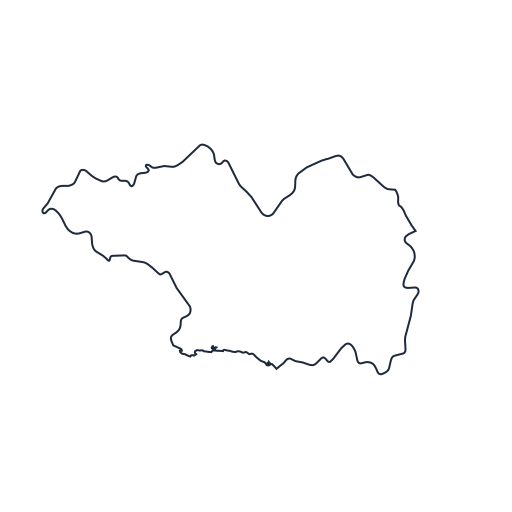 SVG path tracing the border of Al Madinah, rotated 326°
{"feature_id": "SAU-845", "entity_name": "Al Madinah", "entity_type": "Region", "adm_level": 1, "iso_a3": "SAU", "parent_name": "Saudi Arabia", "parent_adm1": "", "projection": "natural_earth1", "projection_center": [39.015, 24.943], "detail": "fine", "context": "isolated", "style": "outline", "palette": "slate", "viewbox_px": 512, "rotation_deg": 326, "n_neighbors": 0, "source": "natural_earth", "source_scale": "10m", "svg_char_len": 5868}
<svg xmlns="http://www.w3.org/2000/svg" viewBox="0 0 512 512"><g transform="rotate(326 256 256)"><path d="M209.9,361.0L209.7,359.6L209.5,357.6L209.1,356.1L209.0,354.9L208.0,353.8L207.6,353.0L207.4,351.9L207.4,350.8L206.1,351.6L205.5,351.2L205.0,351.2L205.1,352.3L205.6,352.9L207.1,353.5L207.1,354.0L205.2,353.8L203.9,352.5L203.8,349.1L201.3,345.5L199.9,340.8L199.5,339.2L199.3,337.5L198.9,335.9L198.0,334.6L197.4,334.3L196.8,334.2L195.8,333.8L195.3,333.1L195.0,332.1L194.5,330.9L193.9,329.9L192.9,329.6L192.0,329.3L191.2,328.8L190.6,328.4L190.1,327.2L189.1,326.0L188.7,325.6L187.7,324.8L186.6,324.4L185.6,324.3L184.2,323.3L183.5,322.7L182.4,321.5L181.3,320.0L180.1,319.0L179.1,318.0L177.4,316.2L176.9,315.9L176.5,315.8L175.9,316.0L175.5,316.4L174.2,315.4L173.3,314.6L170.9,312.9L169.1,311.4L169.5,310.6L170.5,309.8L171.9,309.6L171.3,309.0L170.5,309.3L169.4,309.9L169.0,309.0L169.6,307.8L169.9,306.7L169.3,306.5L168.9,307.0L168.2,307.1L167.8,307.8L168.2,308.2L168.3,308.8L168.4,309.7L168.5,310.3L168.1,310.7L166.9,310.2L165.1,310.7L162.5,308.5L161.7,307.7L159.5,305.8L159.0,304.4L158.2,303.8L157.2,303.3L156.2,302.7L155.4,301.8L154.2,300.9L152.9,301.0L152.2,300.9L151.4,301.6L151.2,302.5L151.5,303.9L149.0,304.0L148.4,303.0L146.7,302.1L145.4,302.6L144.1,301.1L143.3,299.6L142.1,297.6L140.1,295.7L139.4,293.4L140.0,292.0L140.4,292.2L141.5,293.0L142.0,291.9L141.6,290.6L137.4,283.8L137.5,283.4L138.3,279.4L138.7,278.1L139.3,276.8L140.2,275.7L141.4,275.1L142.6,274.8L147.3,274.8L149.5,274.5L150.8,274.1L152.1,273.5L153.5,272.5L154.9,271.0L156.5,268.9L157.7,267.5L159.0,266.6L160.2,266.4L161.5,266.5L164.1,267.0L166.9,267.1L168.3,266.8L169.7,266.1L171.0,264.9L172.2,263.2L172.7,261.9L173.0,260.9L172.3,238.2L174.4,222.5L174.3,221.2L173.8,219.9L173.1,219.1L172.3,218.6L171.1,218.4L167.5,218.2L166.6,217.9L166.2,217.7L165.5,216.2L163.5,207.8L161.8,202.6L160.9,200.6L160.1,199.3L159.0,198.0L151.6,191.2L150.6,189.9L149.9,188.5L149.4,187.0L148.6,183.3L148.4,183.0L148.0,182.6L147.1,181.8L136.9,175.5L135.6,175.2L134.4,175.7L132.4,177.6L131.5,177.8L131.0,177.0L130.7,175.8L130.1,173.0L129.3,170.2L126.0,162.9L125.6,161.5L125.5,160.1L125.6,158.6L125.9,157.2L126.9,154.4L130.4,148.2L130.9,147.1L131.2,145.6L131.1,144.0L130.5,142.3L129.5,141.1L128.3,140.4L121.7,138.3L120.4,137.6L119.1,136.7L117.9,135.5L116.9,134.1L116.2,132.7L115.6,131.2L115.2,129.7L115.0,128.1L114.9,125.2L116.2,115.8L116.3,112.0L116.2,110.2L115.3,106.0L114.8,104.7L114.4,104.0L113.5,103.0L112.5,102.2L111.5,101.8L110.8,101.7L109.7,101.7L106.0,102.5L104.8,102.4L103.8,101.7L103.6,100.6L104.0,99.4L105.0,98.3L106.2,97.7L112.7,95.9L127.4,88.4L128.7,88.0L130.3,88.0L132.0,88.3L134.6,89.5L139.4,92.8L141.1,93.5L143.5,94.0L144.7,94.1L146.1,93.9L147.3,93.4L158.0,87.1L159.0,87.1L160.1,87.4L161.6,88.6L162.4,89.8L162.9,90.9L164.5,97.2L165.6,100.1L166.7,102.4L169.9,107.7L171.2,108.9L172.8,109.8L175.3,110.3L181.1,110.6L182.3,110.8L183.5,111.2L184.5,112.0L185.0,113.0L185.1,113.8L185.1,114.2L185.0,114.5L185.0,115.0L185.1,116.1L185.5,117.3L186.5,118.4L190.0,120.8L190.9,121.9L191.3,123.2L191.4,124.6L191.2,126.1L191.2,127.4L191.7,128.4L192.9,128.8L194.7,128.3L196.1,127.3L201.3,122.9L202.1,122.5L203.3,122.2L204.7,122.3L206.6,122.9L210.8,125.1L212.2,125.6L213.5,125.7L215.0,125.0L215.2,123.9L215.1,122.6L214.8,121.2L214.9,120.0L215.6,119.2L216.7,119.4L218.0,120.6L218.6,122.0L219.6,124.7L220.9,126.0L222.9,127.1L230.1,130.0L237.0,135.7L239.2,136.5L242.1,136.9L247.8,136.9L271.5,132.9L272.8,133.1L274.1,133.9L275.1,134.8L277.1,137.9L278.1,140.9L278.4,142.2L278.5,143.9L278.5,145.5L278.0,148.0L277.7,148.8L275.7,152.9L275.0,155.0L275.0,156.7L275.7,158.1L276.7,159.2L278.0,159.7L279.3,159.9L282.0,159.2L283.4,159.3L284.6,160.4L285.2,161.8L285.3,163.3L282.2,186.4L282.2,188.5L282.4,190.2L284.2,197.8L285.2,204.7L284.8,223.0L285.1,224.9L285.7,226.6L286.5,227.8L287.4,228.9L288.1,229.4L289.1,230.0L290.4,230.4L291.6,230.6L293.0,230.6L294.3,230.3L308.5,224.8L311.4,224.3L318.3,224.5L320.7,224.2L321.9,224.0L323.0,223.6L323.8,223.3L324.9,222.6L326.0,221.7L327.1,220.5L331.3,214.8L332.6,213.6L334.1,212.5L336.1,211.7L337.7,211.3L347.6,210.9L363.7,213.6L368.6,215.1L370.0,215.7L377.6,217.6L380.1,218.6L381.2,219.5L382.1,220.8L382.6,222.5L382.8,224.1L381.8,242.0L382.0,243.5L382.6,245.1L383.7,247.0L384.9,248.1L386.3,248.9L393.7,251.1L394.7,251.6L395.3,252.1L396.4,254.1L397.4,256.8L400.5,269.7L401.6,272.6L402.4,273.8L403.3,274.8L408.4,278.9L408.4,281.3L407.7,284.3L407.0,286.3L406.9,286.6L404.2,290.4L403.3,292.0L403.0,293.1L402.9,294.1L403.1,294.6L403.9,296.9L403.9,298.5L403.8,301.2L402.8,306.4L402.1,318.1L402.3,324.5L394.8,323.3L391.2,323.5L389.9,324.1L388.7,325.1L388.0,326.3L387.7,327.7L387.8,329.2L389.3,333.7L389.6,335.1L389.7,336.6L389.6,339.6L389.2,341.3L388.5,343.1L387.0,345.7L385.6,347.2L384.2,348.4L374.0,353.3L366.5,358.0L364.0,360.1L362.2,362.2L361.6,363.8L362.0,365.3L363.0,366.5L364.2,367.5L370.5,371.2L371.5,372.4L371.9,373.9L371.3,375.8L370.2,377.1L368.8,378.0L362.2,380.7L360.6,381.8L358.9,383.4L350.8,392.3L334.4,406.6L332.2,409.5L328.0,416.6L326.6,418.4L325.2,419.1L323.8,419.2L314.9,416.1L313.5,415.9L311.8,416.3L309.4,418.0L303.5,423.5L302.3,424.2L302.0,424.4L300.6,424.8L299.3,424.9L298.0,424.9L294.2,424.3L292.8,423.4L292.1,422.3L291.9,421.0L292.0,419.6L292.6,416.8L292.9,413.8L292.9,412.3L292.6,410.9L292.0,409.5L291.1,408.2L290.0,407.0L289.0,406.2L287.2,405.2L283.4,403.9L282.3,403.3L281.5,402.2L281.3,400.8L281.6,399.4L284.8,391.2L285.1,389.9L285.5,386.6L285.4,384.5L285.2,383.3L284.8,382.0L284.1,380.8L283.0,379.8L281.8,379.4L280.6,379.3L275.2,380.1L262.9,384.3L258.5,385.2L257.2,384.6L256.5,383.4L256.3,380.6L256.0,379.3L255.4,378.1L254.4,377.4L252.6,377.4L246.5,378.6L244.2,378.8L242.3,378.4L240.9,377.4L239.6,376.2L235.1,370.3L230.5,365.8L229.7,364.9L227.3,360.6L226.2,359.5L224.6,359.0L222.9,359.1L218.8,360.2L211.6,360.8L209.9,361.0Z" fill="none" stroke="#1e293b" stroke-width="2"/></g></svg>